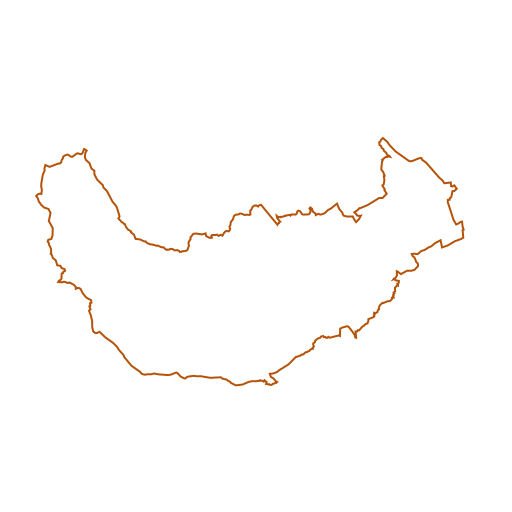 Calatele, Cluj, Romania (Mercator projection), rotated 82°
{"feature_id": "2599482B49338530714290", "entity_name": "Calatele", "entity_type": "district", "adm_level": 2, "iso_a3": "ROU", "parent_name": "Romania", "parent_adm1": "Cluj", "projection": "mercator", "projection_center": [23.02, 46.749], "detail": "fine", "context": "isolated", "style": "outline", "palette": "amber", "viewbox_px": 512, "rotation_deg": 82, "n_neighbors": 0, "source": "geoboundaries", "source_scale": "gbopen_adm2", "svg_char_len": 6115}
<svg xmlns="http://www.w3.org/2000/svg" viewBox="0 0 512 512"><g transform="rotate(82 256 256)"><path d="M263.4,439.0L262.9,437.1L263.0,436.0L264.0,434.4L268.6,432.8L272.6,430.5L274.1,429.2L276.8,425.4L279.4,425.5L279.6,426.9L282.4,427.1L282.7,428.0L285.8,427.3L286.9,429.0L291.5,427.9L297.6,427.3L303.7,428.1L308.0,427.7L309.9,425.8L310.2,424.7L309.3,421.5L315.4,416.7L322.2,409.6L326.7,406.2L329.8,404.9L335.6,401.0L338.0,400.4L347.5,394.5L354.5,387.0L357.0,385.3L358.1,382.5L358.0,379.9L358.5,376.5L358.2,373.2L359.8,368.4L361.7,359.4L361.6,356.6L360.3,351.3L361.0,350.1L365.1,347.2L367.3,343.9L367.4,343.1L366.3,341.3L366.0,340.0L366.0,334.6L367.0,330.7L367.3,327.6L370.3,318.1L371.2,307.7L372.8,306.3L374.3,302.3L376.1,300.6L377.0,299.0L378.0,298.7L381.3,294.0L381.4,287.1L379.7,280.9L379.4,277.5L380.1,272.6L379.8,271.8L380.2,270.3L379.6,269.1L380.3,268.5L380.5,266.9L381.5,265.8L380.2,264.9L382.3,263.0L384.1,263.8L384.3,262.6L384.9,261.9L384.8,260.7L385.5,260.2L385.8,258.4L384.8,256.9L384.9,255.5L384.3,254.6L384.5,253.8L383.7,252.6L382.8,253.8L379.6,255.8L377.8,258.1L374.6,258.7L374.7,255.2L373.8,251.2L372.4,249.1L367.9,239.0L361.3,230.2L361.5,229.6L360.8,225.9L359.9,224.4L360.2,223.8L359.9,222.7L358.2,220.3L358.3,218.7L357.7,217.9L357.5,216.5L356.7,215.8L355.5,213.4L355.8,212.6L354.5,212.4L353.7,211.3L351.4,211.7L350.4,211.4L349.6,209.7L348.1,209.2L346.4,206.4L345.8,203.6L344.8,202.8L344.6,200.5L345.9,199.9L345.9,198.5L346.7,198.0L347.0,197.0L346.1,195.6L347.2,194.4L346.2,185.1L346.9,184.0L339.6,182.7L338.8,180.1L338.2,175.4L339.1,174.1L343.7,171.4L348.1,169.2L350.5,169.0L350.9,168.2L344.6,167.9L344.8,166.4L343.6,165.3L344.0,164.2L340.9,160.8L340.3,159.2L338.9,157.4L338.3,156.0L338.4,155.1L336.1,153.8L334.2,153.5L332.8,147.8L332.3,147.3L331.4,147.5L330.7,146.7L329.5,147.3L328.6,146.8L329.3,145.9L328.6,143.7L326.6,142.8L325.9,141.6L325.3,141.8L322.8,140.8L321.5,139.5L320.0,137.2L320.3,136.5L319.2,132.3L319.3,129.6L317.5,127.3L316.2,127.1L316.3,125.4L314.8,125.9L314.2,125.2L313.5,125.5L312.7,124.5L312.4,125.0L311.2,124.8L310.5,123.2L306.8,122.8L304.5,120.1L305.0,119.5L303.9,119.3L303.1,119.8L302.5,118.4L300.5,118.0L299.7,120.7L298.1,122.6L298.2,123.1L297.6,122.5L297.1,120.8L294.8,119.1L290.7,118.7L291.2,117.8L294.1,115.0L291.6,108.5L292.2,104.2L291.9,101.2L288.8,97.2L287.7,96.7L285.9,96.8L284.5,98.0L279.5,99.3L278.0,100.8L275.7,101.5L275.7,99.1L276.7,95.7L274.0,91.5L273.6,88.5L271.4,83.6L270.8,81.1L268.1,76.7L266.1,71.0L273.4,70.6L272.3,64.8L269.0,56.9L267.7,50.6L266.7,48.2L259.1,47.8L258.8,46.7L255.7,47.3L250.6,47.2L250.9,49.1L252.1,51.3L252.6,53.4L247.6,55.4L229.3,58.6L227.1,58.2L227.3,56.5L225.7,56.0L225.3,54.9L224.5,54.3L219.2,52.5L219.2,50.5L217.4,47.9L213.6,49.8L214.5,51.9L214.1,53.0L210.3,52.9L210.2,59.4L207.3,60.7L203.8,63.7L187.4,74.4L183.7,78.2L182.2,78.5L181.8,79.0L182.0,81.3L183.6,87.6L183.7,90.1L183.3,91.2L171.9,103.2L164.7,108.4L161.3,110.0L156.9,113.9L157.9,115.6L160.1,117.2L160.5,118.2L163.3,118.2L164.4,116.9L166.6,116.5L167.7,115.0L169.7,114.7L171.9,112.6L173.9,112.2L175.6,109.9L176.4,109.5L175.7,111.3L176.3,112.3L176.0,113.7L178.3,117.7L179.1,117.3L180.2,118.1L185.9,119.5L187.9,119.9L190.2,118.5L194.5,117.4L194.7,118.3L198.8,118.3L202.9,119.6L203.6,121.0L204.0,121.0L207.9,119.2L208.7,119.7L212.5,117.9L216.2,122.6L215.7,126.0L221.0,138.1L223.2,146.3L223.0,146.8L225.0,149.5L226.4,152.5L228.8,150.7L229.9,150.4L230.8,147.7L230.7,146.6L233.8,148.8L236.4,152.2L232.7,154.0L230.4,154.6L229.6,160.3L228.3,163.5L226.6,164.4L225.5,164.3L220.8,167.1L215.4,168.5L219.4,175.2L220.4,178.1L223.3,182.2L224.0,186.0L223.7,187.2L222.9,188.3L223.8,191.1L222.4,191.1L219.9,193.5L217.0,194.0L215.5,195.4L216.4,196.4L218.2,195.7L220.1,196.0L221.7,197.3L222.1,198.5L221.5,203.8L221.1,204.5L217.9,206.1L217.0,207.6L217.3,208.6L220.0,210.1L220.5,210.9L219.8,214.8L220.6,216.0L220.0,216.1L220.1,221.4L220.4,221.4L221.0,226.2L220.6,226.4L220.7,228.4L219.1,229.9L221.3,229.8L225.4,227.3L225.6,228.3L226.7,228.7L227.0,229.9L228.0,230.4L206.0,243.9L206.3,246.0L207.3,247.0L205.9,248.8L205.9,249.8L206.0,251.0L206.8,252.5L209.7,254.4L210.4,255.5L214.2,255.8L214.4,257.1L213.9,258.7L213.7,261.9L212.1,264.3L211.7,266.0L212.3,267.1L212.4,270.7L213.5,272.4L216.4,273.6L218.8,276.2L222.0,277.1L223.1,278.2L226.0,277.9L227.8,279.5L227.1,281.9L227.6,283.1L228.8,284.6L231.2,286.4L230.1,288.0L230.9,290.3L229.4,291.6L229.6,292.6L229.2,296.7L229.9,297.5L231.7,297.1L231.8,298.2L231.4,299.7L229.3,302.6L226.6,302.8L227.1,306.5L225.4,312.2L225.3,315.0L228.6,318.4L230.3,318.5L232.4,320.5L233.9,321.1L236.5,321.0L240.5,323.1L241.2,324.7L241.2,327.2L240.9,328.3L241.4,329.1L241.5,330.8L240.1,331.6L239.2,333.4L239.1,335.9L237.6,337.5L237.1,339.1L237.0,339.9L237.7,341.1L237.3,342.4L237.6,343.4L236.3,345.1L234.7,346.1L234.0,348.7L231.9,352.0L232.0,353.0L230.0,357.5L229.9,358.9L227.8,362.3L226.2,363.2L226.1,364.5L223.4,368.6L222.3,372.9L217.8,373.9L215.3,376.5L214.2,376.3L212.0,379.1L208.9,380.8L206.2,381.4L205.8,382.3L204.4,383.2L204.0,384.1L199.7,387.0L198.0,385.7L196.9,385.7L188.8,387.0L186.0,388.1L182.3,390.5L170.9,394.6L167.0,397.5L164.6,397.8L158.1,402.8L152.5,404.7L149.1,404.2L146.5,406.8L141.0,407.9L137.1,411.1L134.2,411.7L130.1,410.6L128.1,409.0L126.4,410.8L126.2,411.5L129.6,413.2L130.7,414.5L130.7,415.8L129.5,418.2L129.6,419.2L132.2,424.1L131.8,425.6L129.9,427.6L129.3,428.8L129.8,431.2L130.9,433.2L132.5,433.6L133.9,435.1L136.2,435.9L137.2,437.6L136.9,438.6L139.0,448.0L136.6,451.9L139.9,453.3L141.9,453.4L145.6,455.7L153.9,458.4L156.9,459.0L161.3,458.9L164.7,460.0L164.2,461.0L164.3,462.1L164.6,463.4L165.9,465.3L168.6,464.0L171.8,463.5L175.4,461.6L178.5,459.1L180.6,454.9L184.9,453.5L192.5,456.3L200.1,453.4L207.2,454.6L210.7,456.3L211.0,459.4L212.7,460.3L214.2,459.4L216.3,459.3L220.3,458.0L224.5,458.4L225.2,459.0L226.9,457.9L229.7,457.5L232.4,454.9L237.6,454.1L238.5,451.0L240.9,450.2L242.3,447.4L243.8,447.1L244.5,447.6L244.7,449.0L246.2,449.6L246.3,450.9L251.1,451.7L252.2,452.5L253.2,454.7L254.2,455.5L255.1,451.8L254.8,450.1L255.0,448.8L256.6,446.2L256.3,444.3L259.1,440.5L261.5,438.8L263.4,439.0Z" fill="none" stroke="#b45309" stroke-width="2"/></g></svg>